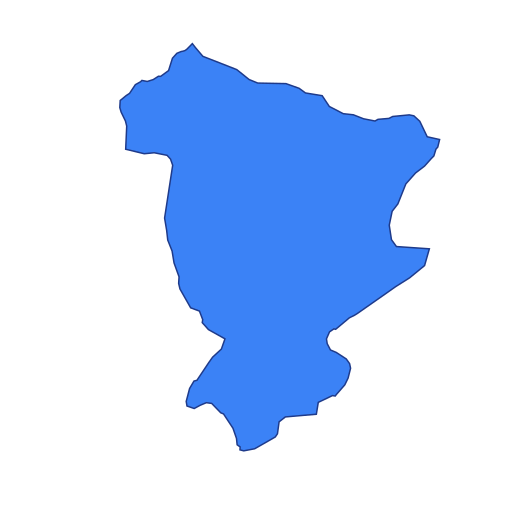 San Juan Ermita, Chiquimula, Guatemala (Equal Earth projection), rotated 193°
{"feature_id": "79465075B27447388470202", "entity_name": "San Juan Ermita", "entity_type": "district", "adm_level": 2, "iso_a3": "GTM", "parent_name": "Guatemala", "parent_adm1": "Chiquimula", "projection": "equal_earth", "projection_center": [-89.425, 14.743], "detail": "fine", "context": "isolated", "style": "filled", "palette": "blue", "viewbox_px": 512, "rotation_deg": 193, "n_neighbors": 0, "source": "geoboundaries", "source_scale": "gbopen_adm2", "svg_char_len": 1664}
<svg xmlns="http://www.w3.org/2000/svg" viewBox="0 0 512 512"><g transform="rotate(193 256 256)"><path d="M88.7,302.0L121.3,296.8L127.7,302.4L133.1,316.0L133.4,330.2L129.5,338.6L126.2,360.0L119.2,372.8L112.0,381.5L107.1,390.4L105.2,393.5L104.7,400.6L103.4,403.0L103.3,410.8L116.0,410.7L126.7,424.1L133.7,428.1L138.4,428.0L154.2,422.7L157.4,420.0L167.9,416.6L170.4,414.3L182.1,413.9L192.9,415.5L203.0,414.3L218.2,418.2L227.6,427.1L244.5,426.0L251.7,429.1L265.6,430.7L293.2,424.9L302.4,426.4L316.7,433.3L352.7,438.6L361.7,445.3L365.8,448.6L369.9,441.9L371.3,440.3L373.1,439.2L374.9,438.4L378.7,435.7L381.9,429.9L382.9,417.0L389.3,409.6L391.5,409.2L395.8,404.8L401.2,401.6L406.7,401.4L407.6,399.9L412.1,395.8L415.8,386.0L418.5,383.2L423.3,377.0L422.1,370.0L419.8,365.9L413.6,358.2L411.2,353.5L407.0,330.7L387.9,330.5L378.4,333.7L365.3,334.1L361.1,331.2L357.6,325.7L353.6,272.4L348.8,260.8L345.6,251.7L338.9,242.0L334.3,230.8L326.3,218.4L325.2,211.9L322.7,206.8L308.0,190.8L298.7,189.6L293.6,182.0L293.4,179.0L285.8,173.6L267.6,168.3L268.8,157.5L275.5,147.7L277.9,141.9L285.6,121.6L288.3,120.2L290.9,112.0L291.3,98.6L289.5,94.3L281.9,93.5L276.8,98.0L271.4,101.9L266.0,102.4L255.1,95.3L252.1,94.8L239.7,83.0L234.0,73.9L231.9,67.8L228.5,66.4L228.0,63.5L224.1,63.4L213.9,67.9L196.5,84.0L195.1,87.6L196.2,99.6L191.2,105.8L161.6,115.4L162.4,127.4L150.1,137.2L147.3,137.4L146.5,139.2L140.5,150.4L138.8,157.8L138.6,167.9L140.6,172.2L144.9,176.0L156.1,180.1L162.3,181.2L166.9,186.6L168.7,191.1L167.3,198.6L163.7,202.5L161.9,202.5L151.1,216.8L146.6,220.5L144.1,223.0L112.9,257.7L101.4,269.3L89.6,284.6L88.7,302.0Z" fill="#3b82f6" stroke="#1e3a8a" stroke-width="1.5"/></g></svg>